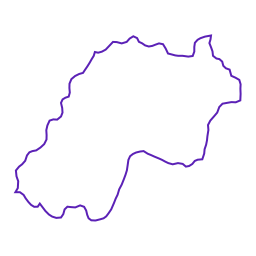 Córrego Novo, Minas Gerais, Brazil (Natural Earth projection)
{"feature_id": "56859067B96564983338004", "entity_name": "Córrego Novo", "entity_type": "district", "adm_level": 2, "iso_a3": "BRA", "parent_name": "Brazil", "parent_adm1": "Minas Gerais", "projection": "natural_earth1", "projection_center": [-42.444, -19.834], "detail": "fine", "context": "isolated", "style": "outline", "palette": "violet", "viewbox_px": 256, "rotation_deg": 0, "n_neighbors": 0, "source": "geoboundaries", "source_scale": "gbopen_adm2", "svg_char_len": 2043}
<svg xmlns="http://www.w3.org/2000/svg" viewBox="0 0 256 256"><path d="M211.0,35.5L205.0,36.6L200.4,38.2L197.6,39.8L194.9,42.8L194.3,46.9L194.3,51.6L192.7,56.0L188.3,56.6L182.5,55.8L178.2,55.8L175.2,55.4L171.9,54.5L168.0,53.5L165.7,48.6L163.0,44.2L159.0,43.4L155.6,44.6L152.3,45.9L148.8,46.5L145.1,45.4L142.1,43.3L138.9,41.8L137.1,38.1L133.3,36.3L129.6,38.6L126.7,41.9L121.7,43.4L116.8,42.1L113.0,41.9L109.7,45.4L105.7,49.6L101.8,51.7L98.1,52.7L94.9,52.0L93.7,55.9L91.6,59.3L89.8,62.5L87.3,66.5L84.9,70.0L83.0,72.9L79.1,74.0L75.1,76.0L71.4,79.1L69.5,83.7L69.4,88.0L69.8,92.6L68.7,96.6L65.4,97.7L62.6,99.4L61.0,102.9L62.2,108.0L62.5,112.6L61.0,116.5L57.2,119.6L53.3,119.4L49.6,120.6L47.4,125.4L46.3,130.2L46.6,135.1L46.5,139.5L44.2,144.1L40.5,147.5L36.2,150.4L32.4,151.1L29.4,152.3L27.0,155.4L25.2,160.8L22.1,164.3L19.1,166.6L15.9,170.5L16.5,176.3L18.2,181.2L17.8,188.1L15.4,192.2L19.9,192.2L23.6,194.9L25.7,198.4L28.5,202.1L31.1,204.9L34.2,206.8L37.7,206.7L39.8,203.6L42.6,207.3L45.4,211.0L48.9,214.5L52.2,216.6L56.3,217.9L61.0,217.5L63.3,214.1L64.6,209.4L67.4,206.7L70.9,207.1L75.3,207.4L80.1,205.4L84.1,206.8L86.2,210.6L87.2,214.8L88.6,218.3L91.3,220.3L95.5,220.5L100.2,219.3L103.6,218.3L106.2,216.4L108.4,213.5L111.2,209.4L113.9,203.2L115.7,198.6L117.6,194.7L119.2,189.3L121.7,184.6L123.7,179.6L125.5,174.8L126.9,170.3L127.7,164.9L128.4,159.9L130.1,156.2L132.9,154.0L136.1,152.5L140.2,151.5L143.6,151.1L147.7,153.7L151.1,155.1L154.4,156.6L159.0,158.5L162.1,159.9L165.2,161.6L168.3,163.1L172.7,164.3L178.0,163.1L182.7,163.9L185.9,166.6L189.1,166.0L192.3,164.0L194.8,160.9L197.7,159.7L202.3,159.3L204.2,153.6L204.6,149.2L206.1,144.8L207.0,140.3L207.4,136.3L208.4,130.0L208.0,125.0L210.3,120.6L213.9,116.5L217.2,112.6L219.3,107.0L222.5,103.7L226.9,102.9L231.4,102.1L235.7,102.3L240.3,100.4L240.6,94.0L240.4,88.6L240.6,84.3L239.3,79.9L235.5,77.7L231.3,75.8L229.6,69.6L225.9,68.3L223.3,65.8L222.2,61.6L219.4,59.1L216.4,58.5L213.0,55.8L212.5,51.4L211.2,47.7L209.4,43.1L210.5,39.4L211.0,35.5Z" fill="none" stroke="#5b21b6" stroke-width="2"/></svg>